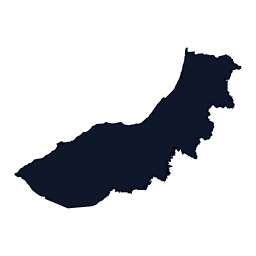 the district of New Plymouth District, Taranaki, New Zealand
{"feature_id": "76426892B38653513639865", "entity_name": "New Plymouth District", "entity_type": "district", "adm_level": 2, "iso_a3": "NZL", "parent_name": "New Zealand", "parent_adm1": "Taranaki", "projection": "natural_earth1", "projection_center": [174.415, -39.001], "detail": "fine", "context": "isolated", "style": "filled", "palette": "ink", "viewbox_px": 256, "rotation_deg": 0, "n_neighbors": 0, "source": "geoboundaries", "source_scale": "gbopen_adm2", "svg_char_len": 5885}
<svg xmlns="http://www.w3.org/2000/svg" viewBox="0 0 256 256"><path d="M187.0,48.4L186.4,48.5L185.8,50.7L185.6,54.2L186.1,55.7L185.3,56.5L184.9,61.1L184.5,62.1L184.1,63.4L184.2,64.7L183.6,64.8L182.7,69.7L182.0,72.2L181.6,72.5L181.8,72.7L181.7,73.4L182.1,73.8L181.5,73.7L181.2,74.0L181.2,74.9L180.3,77.0L180.6,77.4L181.6,76.9L182.4,77.8L182.2,78.3L180.5,78.1L179.9,78.5L178.8,81.1L178.0,82.1L177.6,83.6L176.6,84.9L175.1,88.7L172.8,91.6L165.9,98.5L164.7,98.9L163.8,98.0L161.9,99.5L161.0,101.4L157.6,104.9L156.3,107.4L155.8,107.5L152.2,112.8L149.8,115.5L148.9,117.5L146.7,118.8L141.9,123.2L138.6,124.6L136.5,124.2L132.8,125.6L132.1,125.5L132.1,125.2L129.2,126.0L124.4,125.3L123.3,124.8L121.5,123.0L119.3,122.9L115.4,124.0L111.7,124.1L107.0,123.2L106.3,122.7L103.2,124.4L97.2,124.6L94.1,126.4L92.8,126.7L91.1,129.1L88.2,131.6L85.5,132.9L83.7,132.6L80.4,135.8L77.1,137.4L75.0,140.0L73.2,141.5L72.0,141.3L69.6,142.7L67.7,142.5L65.2,143.4L63.6,142.5L64.9,143.4L63.4,143.7L63.3,144.0L62.0,143.7L62.3,142.9L61.2,143.2L61.8,142.7L60.8,143.0L62.5,141.7L60.6,142.7L60.3,142.4L59.4,143.0L59.3,143.5L57.5,144.1L58.1,144.5L57.8,146.1L58.1,146.0L58.5,146.5L57.9,146.5L56.3,149.2L54.9,150.7L52.1,151.8L50.9,153.3L49.2,154.5L45.8,156.2L42.8,158.8L34.8,160.1L31.6,163.4L28.8,164.1L27.3,165.6L25.3,166.1L22.7,168.3L20.7,169.2L17.9,173.1L15.4,173.8L15.4,174.7L18.1,176.5L18.6,176.1L20.8,176.3L21.7,176.8L22.4,178.2L24.6,179.1L26.5,181.1L26.6,181.6L27.5,182.1L27.9,183.4L30.2,185.3L30.5,186.7L31.5,187.5L31.9,188.5L32.9,189.7L37.8,193.6L41.3,195.7L44.3,195.9L46.4,196.8L45.7,198.3L67.9,207.6L92.0,205.5L96.0,203.9L99.1,201.0L102.3,199.7L104.4,197.4L105.5,196.9L106.4,195.9L106.3,195.4L107.7,195.5L108.6,193.7L109.2,193.1L109.0,192.6L109.4,192.5L109.3,191.1L109.6,190.4L110.5,190.4L110.4,190.1L111.1,189.6L111.7,189.9L112.5,189.1L112.8,188.2L113.3,188.5L115.9,188.3L115.9,191.2L118.0,190.5L119.1,191.5L119.1,190.8L121.4,190.8L121.7,191.2L121.6,191.6L128.5,191.6L128.4,192.6L130.3,192.0L130.2,192.6L131.1,192.9L131.2,190.7L131.8,190.7L132.1,190.4L131.7,189.7L136.1,188.6L137.2,188.6L137.7,189.2L143.6,189.2L143.8,188.3L144.2,188.9L145.3,188.7L145.1,189.3L145.6,189.4L146.2,188.3L145.6,188.1L145.6,187.0L144.6,187.0L145.1,185.5L145.7,185.2L145.6,186.5L146.7,187.1L147.3,186.1L146.3,184.9L146.4,183.9L146.8,184.1L146.7,184.8L147.0,184.8L148.3,184.2L149.2,184.2L150.3,183.3L150.6,182.3L149.6,183.1L148.2,181.9L149.7,180.6L149.3,179.5L149.0,179.3L150.1,179.4L150.6,178.1L152.1,178.1L152.9,175.7L154.5,176.1L155.1,176.7L156.5,176.6L156.9,176.1L158.1,178.4L160.6,179.0L162.1,180.5L163.0,180.1L164.5,180.9L165.4,179.9L165.2,178.6L165.5,178.0L166.6,177.8L166.4,175.0L168.8,174.8L169.3,174.2L169.2,173.7L168.1,174.0L167.5,173.6L168.1,173.4L168.5,172.6L169.6,172.7L169.1,172.1L166.7,172.4L166.2,172.2L166.2,171.7L167.3,171.7L168.0,171.1L166.8,170.6L166.9,168.9L167.2,168.9L168.5,170.7L168.8,169.5L168.4,168.8L167.9,168.7L168.0,167.2L171.1,166.3L169.2,165.4L168.1,166.4L167.7,165.6L166.5,165.2L166.5,164.7L168.3,163.6L167.6,162.3L166.6,161.9L166.5,161.5L167.6,160.2L169.0,161.0L170.1,161.2L170.2,160.4L169.4,158.2L169.5,157.5L170.8,158.2L172.1,157.8L172.2,157.1L170.9,157.4L170.2,156.1L170.5,154.4L171.9,155.3L174.5,154.8L174.4,154.2L173.2,153.9L172.3,152.7L174.6,152.6L174.1,151.7L174.6,150.9L174.0,150.2L174.4,149.2L173.4,147.9L173.9,147.0L174.4,147.1L174.5,148.8L175.2,149.0L176.4,148.7L176.5,147.0L176.9,146.7L178.1,148.6L177.7,150.0L178.5,150.8L178.9,150.6L179.7,148.3L180.4,148.2L181.7,150.1L181.9,151.3L182.6,151.8L182.3,152.3L182.8,153.6L184.0,152.6L185.6,153.1L185.9,152.9L186.5,153.7L188.0,154.4L188.8,155.4L189.4,155.2L190.7,156.1L191.5,156.1L192.0,157.0L192.8,156.8L194.8,158.3L196.2,158.4L196.7,156.5L195.8,155.2L195.6,152.8L194.4,151.3L195.8,147.9L195.4,147.0L196.7,145.8L196.3,145.1L196.3,143.7L197.4,144.3L197.6,143.5L198.8,143.8L198.9,142.7L199.8,142.4L199.3,140.6L198.4,139.4L198.6,138.6L200.9,137.5L201.2,137.0L201.9,137.2L202.3,136.7L202.7,137.7L203.7,138.1L204.5,139.5L205.7,139.6L206.8,138.7L208.4,138.8L209.6,137.9L210.1,136.0L211.6,135.1L211.5,134.2L210.3,132.4L212.1,130.7L212.8,127.8L213.6,126.9L213.1,125.7L213.1,123.2L211.8,122.3L208.4,121.2L208.2,120.7L209.0,119.9L207.1,118.0L207.4,116.4L207.8,115.8L209.4,115.1L209.8,114.6L208.9,112.6L207.5,111.7L207.6,110.6L208.0,110.1L207.8,109.1L209.0,108.2L209.3,107.5L210.3,107.2L210.6,106.2L211.8,105.3L212.0,104.8L213.7,103.6L214.0,104.9L214.5,105.1L215.2,106.3L216.9,107.4L217.8,106.7L219.9,106.3L220.2,104.6L221.1,106.4L222.3,107.2L223.5,107.4L223.6,106.2L224.9,106.1L225.2,105.4L225.9,104.9L227.7,107.6L228.4,107.4L229.1,107.7L229.5,106.8L229.9,107.6L230.6,107.0L231.8,107.5L231.5,106.9L233.4,106.9L233.0,106.1L233.6,105.7L233.9,104.7L233.4,104.6L233.6,104.0L232.8,103.4L232.4,101.9L232.8,100.6L232.1,100.1L232.3,99.4L231.2,99.1L231.7,98.3L231.3,98.0L231.5,97.2L230.8,97.2L229.5,96.3L229.7,96.0L228.6,95.7L228.3,94.6L228.6,94.1L227.7,92.8L228.4,92.4L226.7,91.3L226.9,90.3L226.3,89.6L227.0,88.2L226.9,87.5L226.4,87.0L226.9,85.8L226.7,85.3L226.9,84.2L226.6,83.8L226.9,82.5L226.4,82.1L226.9,81.4L226.3,81.5L224.4,80.3L224.1,79.3L228.7,79.0L230.5,74.5L230.1,73.8L231.0,72.7L230.7,72.0L231.5,72.3L231.7,72.0L231.5,71.9L231.8,71.5L231.1,71.0L231.5,70.5L231.3,70.1L232.7,69.8L233.8,68.7L234.0,69.2L235.0,69.0L237.5,67.8L238.0,68.1L237.7,68.5L238.0,69.0L239.2,69.0L240.4,68.1L240.6,66.8L237.9,66.3L236.4,64.6L234.5,64.0L233.1,63.1L233.0,62.4L232.5,62.4L233.0,61.9L232.4,61.0L232.3,59.6L231.0,59.3L230.6,58.8L230.4,57.6L229.7,57.7L228.6,56.3L227.9,56.5L225.8,55.0L225.0,55.7L222.9,56.1L221.4,57.1L221.5,56.5L220.0,56.7L219.0,57.3L218.6,58.2L217.6,58.8L216.5,58.3L216.5,58.6L215.8,58.5L215.9,58.2L214.9,57.6L213.5,55.8L211.4,55.6L211.0,56.1L207.3,55.2L206.2,55.4L205.9,54.9L204.0,55.7L202.7,54.1L198.1,54.4L197.1,55.2L196.3,55.1L195.4,55.6L193.7,53.6L194.0,52.3L187.4,52.8L186.7,50.4L187.0,48.4Z" fill="#0f172a" stroke="#020617" stroke-width="1.5"/></svg>